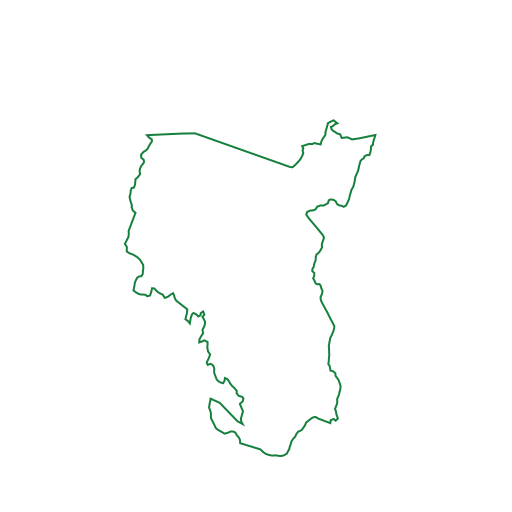 outline of Paramirim, Bahia, Brazil, rotated 33°
{"feature_id": "56859067B35436689677217", "entity_name": "Paramirim", "entity_type": "district", "adm_level": 2, "iso_a3": "BRA", "parent_name": "Brazil", "parent_adm1": "Bahia", "projection": "albers", "projection_center": [-42.216, -13.498], "detail": "fine", "context": "isolated", "style": "outline", "palette": "green", "viewbox_px": 512, "rotation_deg": 33, "n_neighbors": 0, "source": "geoboundaries", "source_scale": "gbopen_adm2", "svg_char_len": 4539}
<svg xmlns="http://www.w3.org/2000/svg" viewBox="0 0 512 512"><g transform="rotate(33 256 256)"><path d="M290.2,89.5L278.1,101.5L273.0,105.9L270.3,106.3L267.9,106.7L265.8,108.5L263.6,110.3L260.2,108.1L257.6,109.0L255.0,108.9L252.4,109.1L250.4,108.5L248.5,107.0L249.7,105.1L250.5,102.4L252.0,100.4L247.1,100.0L245.1,103.4L244.0,105.3L246.2,112.3L246.8,114.4L248.2,116.5L248.1,120.6L248.3,123.8L249.5,127.2L243.3,129.6L242.1,131.7L239.8,132.8L238.1,134.7L236.3,137.0L234.9,138.7L237.2,140.2L237.7,142.3L239.6,143.9L240.3,147.1L240.5,149.9L240.4,152.0L239.9,155.1L239.2,158.7L238.3,161.7L235.7,162.9L138.2,186.3L127.7,193.3L98.8,214.0L102.0,215.0L105.1,214.9L106.3,216.6L106.2,219.7L106.4,222.7L106.7,225.0L106.3,227.1L104.9,230.2L104.4,233.6L106.3,236.1L109.5,236.5L111.0,238.3L111.0,240.7L110.7,243.0L111.2,246.2L112.4,248.6L114.2,250.4L114.0,254.1L113.1,257.2L114.5,259.8L115.7,262.1L116.4,265.2L114.7,266.6L115.2,269.0L116.6,271.8L117.8,275.4L119.9,277.4L122.0,279.3L124.1,280.9L125.2,282.8L128.0,285.0L131.4,285.4L135.5,304.3L137.3,306.8L138.7,309.7L138.9,312.1L139.4,317.2L142.6,318.6L143.9,320.6L145.1,322.6L148.7,322.6L152.0,321.8L154.4,321.7L156.9,321.6L160.8,322.3L163.1,323.5L166.2,324.9L168.1,327.5L169.2,330.0L170.8,332.7L170.9,335.3L169.2,336.7L168.2,338.8L168.4,341.4L168.9,344.2L170.6,348.0L172.0,351.6L175.3,351.9L178.2,351.7L180.5,351.0L182.3,349.8L184.6,348.7L186.7,349.0L188.6,346.9L188.0,344.1L187.2,341.8L186.4,339.7L188.4,338.6L190.7,339.2L193.2,339.7L195.5,339.7L198.7,339.2L202.4,340.8L204.4,338.0L205.4,335.0L206.7,332.4L208.6,333.5L210.3,335.2L213.3,336.9L227.5,338.2L229.3,341.8L230.2,344.6L231.3,347.5L234.4,347.6L237.2,348.6L236.2,346.3L235.0,343.5L234.1,339.9L234.6,337.8L237.5,337.5L240.6,338.1L241.7,335.9L240.8,334.0L241.9,331.3L244.7,333.4L244.2,336.2L246.3,337.2L249.1,338.9L250.6,341.8L251.1,344.4L251.3,347.1L253.7,349.5L253.7,352.9L253.9,356.5L255.5,359.4L257.2,357.2L258.6,354.9L262.2,354.5L263.7,356.8L264.8,359.0L267.8,362.2L271.1,363.5L271.7,365.8L272.2,368.5L272.7,372.2L274.8,373.6L276.6,371.2L278.8,371.0L280.8,371.9L282.6,373.5L284.0,376.1L285.5,377.5L287.9,379.2L289.7,380.6L291.6,381.4L294.8,381.5L297.7,380.6L297.6,377.9L296.4,375.3L299.1,374.8L301.2,375.6L303.2,376.7L306.3,377.9L308.9,378.3L310.9,378.8L313.3,379.6L314.7,381.8L317.9,382.7L321.2,381.6L323.1,382.4L324.0,385.2L323.0,388.8L326.2,391.0L329.7,393.4L330.9,397.3L332.0,400.8L333.9,402.9L336.3,404.2L330.6,404.7L305.5,398.9L295.6,400.4L296.5,402.2L297.3,404.6L299.2,408.7L301.7,410.5L303.7,412.3L305.3,414.8L306.8,416.7L309.8,418.4L312.5,420.0L316.1,422.2L318.3,422.5L320.4,422.4L323.6,422.2L326.4,422.1L328.9,419.3L330.3,417.0L332.5,415.6L334.8,415.3L337.7,416.8L340.5,417.6L342.5,418.8L344.7,421.6L365.0,415.8L369.2,416.6L372.2,416.6L375.2,415.8L377.1,415.1L379.0,414.1L381.0,412.5L383.6,411.4L386.1,410.0L387.8,408.2L389.5,405.0L389.2,402.7L389.1,399.9L388.1,397.4L387.7,395.2L386.7,392.2L386.8,388.8L387.3,386.2L386.8,383.4L387.0,380.6L389.0,377.3L389.2,374.9L389.3,371.7L388.8,368.3L389.8,365.3L390.6,362.8L391.6,360.5L393.6,358.5L396.6,358.5L409.3,355.7L408.1,353.0L409.9,350.4L412.5,350.7L413.2,347.7L409.8,345.1L407.8,342.9L405.6,341.3L405.0,338.7L404.6,336.6L403.9,334.5L402.0,331.9L401.2,327.6L400.0,324.1L399.1,321.5L397.7,318.9L395.3,317.0L393.2,315.3L391.0,314.3L388.0,313.2L386.4,311.1L383.7,310.7L380.8,311.5L379.1,309.7L377.7,308.1L375.6,307.3L374.1,304.2L372.8,302.0L371.3,299.0L369.7,296.8L368.2,294.6L366.0,291.7L364.4,287.9L362.9,284.3L362.6,281.0L362.0,277.6L361.2,274.8L360.0,272.2L350.3,266.7L347.7,265.1L339.5,260.7L335.5,258.5L333.9,257.1L332.5,255.3L332.2,253.0L331.6,250.8L330.7,248.9L328.6,247.7L326.4,245.7L324.5,245.0L322.9,246.3L320.8,246.5L319.0,245.1L316.1,243.6L315.6,240.8L314.1,238.5L311.4,238.0L310.4,236.2L310.3,233.8L309.4,231.7L308.8,229.5L308.2,226.7L306.7,224.4L305.9,221.8L306.7,219.5L307.0,216.9L306.7,212.9L304.8,210.3L303.1,203.7L300.8,202.1L297.6,201.1L292.2,199.4L279.4,195.5L275.6,193.9L274.9,191.3L276.7,188.4L279.3,186.4L280.6,184.2L280.4,181.4L282.6,178.4L285.1,177.0L286.5,174.6L287.6,172.4L286.7,169.6L287.8,167.9L290.2,166.7L293.0,166.7L295.7,168.3L298.3,168.2L300.7,167.2L302.8,167.0L304.0,164.6L303.6,161.1L303.0,157.3L301.9,154.6L301.0,151.6L300.0,148.3L299.9,145.0L298.4,140.5L297.2,137.7L296.3,135.8L295.8,132.8L295.2,129.0L294.3,126.4L293.3,124.0L292.6,121.6L291.9,119.6L292.2,117.3L293.2,115.4L292.7,113.2L294.1,110.9L296.1,109.6L295.3,106.3L294.1,103.7L292.8,101.4L293.5,98.9L292.3,96.9L291.3,93.2L290.2,89.5Z" fill="none" stroke="#15803d" stroke-width="2"/></g></svg>